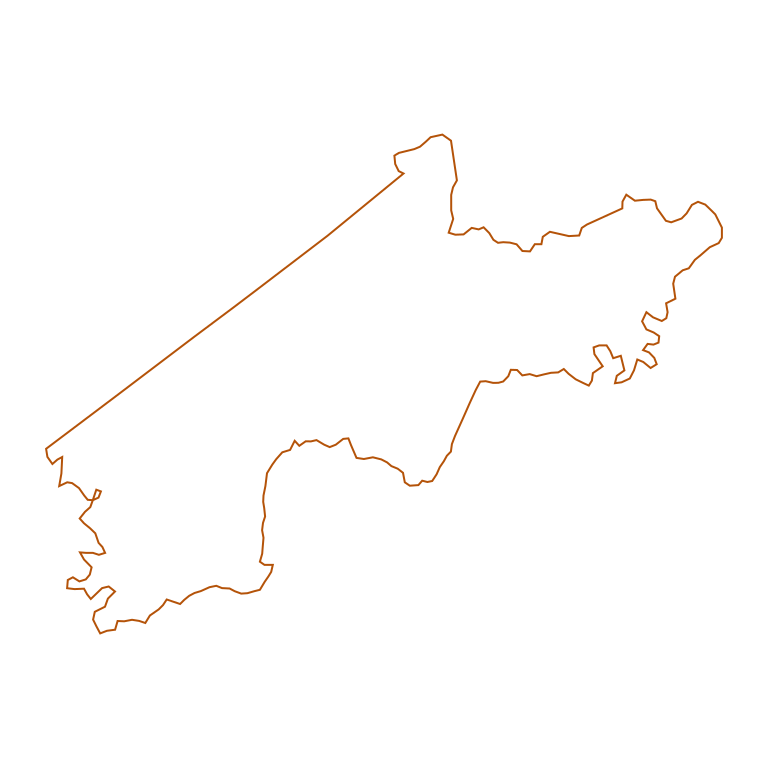 the district of Jardim Alegre, Paraná, Brazil
{"feature_id": "56859067B44412461439059", "entity_name": "Jardim Alegre", "entity_type": "district", "adm_level": 2, "iso_a3": "BRA", "parent_name": "Brazil", "parent_adm1": "Paraná", "projection": "equal_earth", "projection_center": [-51.748, -24.211], "detail": "fine", "context": "isolated", "style": "outline", "palette": "amber", "viewbox_px": 768, "rotation_deg": 0, "n_neighbors": 0, "source": "geoboundaries", "source_scale": "gbopen_adm2", "svg_char_len": 3217}
<svg xmlns="http://www.w3.org/2000/svg" viewBox="0 0 768 768"><path d="M356.5,457.9L363.9,459.0L372.9,457.3L381.3,459.4L387.1,462.4L391.4,466.1L397.7,468.7L403.0,472.8L404.8,482.3L409.8,485.7L418.4,485.1L422.2,480.7L427.4,482.0L432.2,481.0L436.6,474.3L439.8,467.1L443.8,461.3L446.9,455.7L450.9,451.6L451.9,444.1L455.0,436.0L462.8,418.7L469.7,403.1L475.7,390.1L480.2,381.6L485.7,381.2L493.1,382.9L498.4,382.8L503.2,381.5L508.3,376.2L510.8,369.8L517.1,370.0L522.3,375.4L529.7,374.1L536.6,376.2L543.9,374.4L551.0,372.8L558.2,372.4L563.8,369.0L568.6,373.8L575.7,379.3L583.0,382.9L588.8,385.6L591.9,380.6L592.9,373.1L602.7,366.3L599.5,361.6L594.4,354.1L593.6,347.4L599.2,345.4L606.6,345.4L610.3,351.2L613.2,358.2L620.8,355.8L624.4,370.4L616.8,375.8L615.0,383.2L621.6,382.3L629.8,378.5L634.0,370.3L637.3,359.5L643.3,362.0L650.6,368.0L656.7,364.2L654.3,357.9L649.0,352.4L643.1,350.1L647.6,343.9L653.5,344.6L658.5,342.6L659.2,336.2L653.7,332.5L646.4,329.4L642.1,321.3L646.4,312.2L653.0,317.3L661.8,321.0L666.3,318.2L667.6,312.2L666.1,303.3L675.4,298.7L673.2,283.7L675.0,276.7L682.7,270.3L688.8,268.3L694.9,259.8L700.7,255.1L709.8,247.2L718.7,243.1L721.9,237.8L721.9,227.6L715.3,214.4L711.6,210.7L705.3,204.6L698.0,201.8L691.9,204.9L686.6,213.4L681.6,218.5L671.2,222.3L665.9,220.8L657.0,208.3L655.3,201.2L650.7,199.6L643.2,199.9L634.9,200.7L626.3,194.7L622.5,201.6L622.3,208.4L587.0,224.5L581.8,227.9L579.2,235.5L568.9,236.1L549.9,231.8L542.8,236.8L541.4,244.2L534.8,244.2L530.0,251.4L522.4,251.0L516.6,244.3L509.9,242.6L503.2,242.2L498.0,242.8L493.4,239.8L489.3,233.1L483.6,227.3L478.7,229.4L471.7,227.9L463.6,234.4L455.3,234.7L448.7,232.7L453.2,218.9L451.2,210.4L451.2,194.9L453.0,187.3L456.9,180.4L451.0,140.7L442.4,134.6L430.6,137.2L425.8,141.7L420.0,146.7L414.3,149.1L398.9,152.9L394.4,155.6L395.2,164.0L398.7,171.1L403.5,173.5L327.6,235.7L258.3,288.6L233.8,307.2L193.7,337.2L120.5,392.7L46.1,448.8L47.4,456.9L52.4,464.0L57.4,459.6L62.2,457.0L61.4,473.5L59.2,486.1L67.2,482.3L72.1,483.1L79.0,488.1L84.2,495.5L87.7,499.8L92.8,500.2L90.3,507.1L85.0,511.8L79.7,518.5L84.0,523.3L90.1,528.3L95.3,533.3L98.6,542.9L102.4,547.0L105.1,552.9L98.9,554.8L93.0,552.9L86.5,552.9L80.0,552.4L84.0,559.5L91.6,567.3L89.8,574.6L85.8,579.4L79.4,581.4L72.9,577.3L67.8,580.0L67.1,588.2L74.5,589.1L84.0,588.7L87.1,594.3L90.8,599.0L102.1,588.1L108.7,586.5L115.0,591.5L107.9,598.6L105.0,606.7L94.8,611.8L93.1,619.6L96.4,626.3L100.2,633.4L106.9,630.8L115.1,629.7L117.6,621.0L124.2,621.3L132.0,619.8L139.1,620.9L145.3,623.0L149.9,615.5L158.7,609.4L163.0,605.1L166.7,599.5L180.1,604.0L184.2,599.9L189.2,595.8L194.5,593.0L200.8,591.1L209.5,587.2L216.3,585.8L222.0,588.1L229.6,588.5L234.7,591.2L241.2,593.6L247.4,593.2L254.3,591.2L259.9,589.8L264.7,581.8L268.3,576.6L271.2,571.9L272.8,564.9L264.5,564.9L259.9,561.7L262.2,553.7L262.7,547.2L263.5,537.8L262.1,530.2L263.0,522.9L265.1,516.5L264.2,508.0L263.2,501.9L263.5,495.5L265.4,486.1L267.0,473.2L272.3,464.6L276.2,459.2L282.3,452.3L290.1,449.9L294.7,440.8L299.3,445.8L305.7,441.3L310.9,441.4L316.5,440.1L324.2,444.7L329.7,447.1L335.8,444.7L343.2,438.9L348.4,438.4L351.0,445.1L356.5,457.9ZM92.8,500.2L96.3,489.7L100.9,491.4L98.5,497.6L92.8,500.2Z" fill="none" stroke="#b45309" stroke-width="2"/></svg>